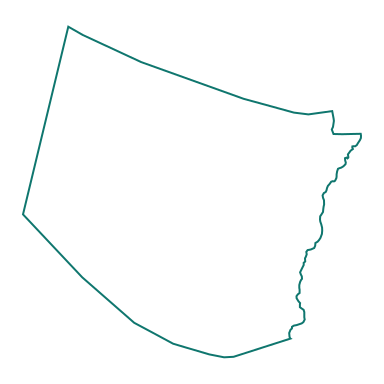 outline of Nuweiba, Janub Sina', Egypt
{"feature_id": "37247803B27009685632556", "entity_name": "Nuweiba", "entity_type": "district", "adm_level": 2, "iso_a3": "EGY", "parent_name": "Egypt", "parent_adm1": "Janub Sina'", "projection": "orthographic", "projection_center": [34.683, 29.314], "detail": "fine", "context": "isolated", "style": "outline", "palette": "teal", "viewbox_px": 384, "rotation_deg": 0, "n_neighbors": 0, "source": "geoboundaries", "source_scale": "gbopen_adm2", "svg_char_len": 1703}
<svg xmlns="http://www.w3.org/2000/svg" viewBox="0 0 384 384"><path d="M152.7,332.7L173.1,343.7L184.8,347.2L209.3,354.4L224.1,357.3L233.6,356.8L290.4,338.6L290.1,338.4L289.5,336.6L289.2,333.0L290.5,329.8L291.9,328.5L292.0,326.8L293.9,325.6L296.6,325.1L299.3,324.2L301.7,323.4L303.4,322.1L304.7,319.5L304.3,317.3L304.3,315.2L304.3,312.1L303.6,309.8L301.5,308.4L299.9,307.2L299.9,304.4L300.1,303.1L298.5,301.3L297.5,299.7L296.6,298.2L296.5,296.2L297.8,294.4L299.6,293.0L299.6,289.7L299.3,287.9L299.3,285.0L300.1,282.0L301.0,280.1L302.0,278.8L301.8,276.3L300.9,274.6L300.1,272.3L301.8,268.8L303.7,265.0L303.7,262.8L305.2,261.5L305.1,259.9L305.0,258.3L305.8,256.8L306.7,254.3L306.3,251.9L307.6,250.1L310.8,249.5L314.2,248.0L315.2,245.7L315.4,243.0L317.6,241.7L319.0,240.1L320.4,238.0L321.9,234.0L322.2,230.8L322.1,227.7L321.3,224.5L320.3,221.6L320.0,219.5L320.2,216.3L321.6,214.2L323.0,212.0L323.3,208.9L323.6,206.7L324.1,204.5L324.0,200.3L323.0,197.7L322.6,195.4L323.8,193.1L325.7,192.0L326.5,190.3L327.0,188.1L327.9,185.9L329.6,184.0L331.2,181.7L332.7,181.2L334.0,181.4L335.1,180.7L336.4,178.0L336.6,176.3L336.6,174.4L337.1,171.5L338.0,168.8L339.4,168.2L341.3,167.6L343.4,166.3L345.5,164.2L345.8,162.5L345.2,160.6L345.0,158.2L346.6,157.6L347.5,158.4L348.3,157.6L348.3,156.7L347.9,154.4L349.3,152.5L350.6,150.7L352.9,149.0L352.3,147.6L352.4,146.4L353.8,146.2L355.1,146.3L356.8,145.1L357.7,143.5L360.0,140.0L360.9,138.0L361.0,135.7L360.7,133.8L350.9,134.0L342.3,134.2L333.5,134.0L331.8,129.5L333.0,126.9L333.9,120.9L333.6,118.6L332.2,111.1L308.4,114.4L293.9,112.6L243.6,98.8L141.2,62.1L82.8,35.0L68.3,26.7L23.0,214.4L82.2,277.3L134.2,322.8L152.7,332.7Z" fill="none" stroke="#0f766e" stroke-width="2"/></svg>